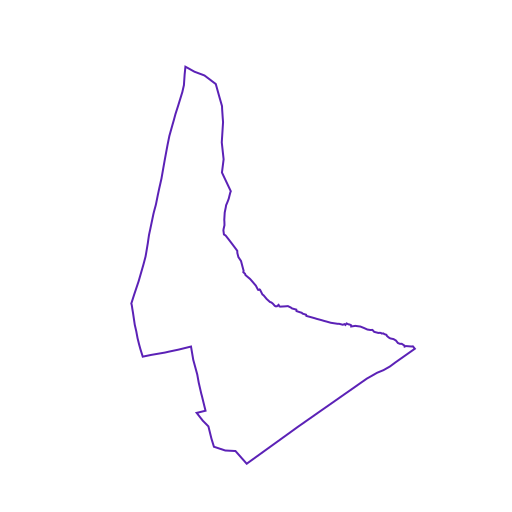 Adenta Municipal, Greater Accra, Ghana, rotated 347°
{"feature_id": "2480657B26321648161032", "entity_name": "Adenta Municipal", "entity_type": "district", "adm_level": 2, "iso_a3": "GHA", "parent_name": "Ghana", "parent_adm1": "Greater Accra", "projection": "albers", "projection_center": [-0.12, 5.715], "detail": "fine", "context": "isolated", "style": "outline", "palette": "violet", "viewbox_px": 512, "rotation_deg": 347, "n_neighbors": 0, "source": "geoboundaries", "source_scale": "gbopen_adm2", "svg_char_len": 2591}
<svg xmlns="http://www.w3.org/2000/svg" viewBox="0 0 512 512"><g transform="rotate(347 256 256)"><path d="M307.8,334.6L305.9,333.5L303.1,332.0L301.0,330.9L299.5,330.0L296.6,328.4L291.6,325.7L291.6,324.5L288.4,322.6L287.8,321.6L286.7,321.0L283.1,318.8L283.2,317.3L279.3,315.2L278.3,314.0L275.8,312.0L273.0,311.6L268.3,310.8L267.5,310.4L267.0,308.7L265.1,309.7L263.9,309.5L263.0,308.7L262.2,307.1L261.4,305.8L260.5,304.7L259.3,304.0L256.7,300.3L254.6,296.1L253.6,294.9L252.4,290.0L252.0,289.4L251.1,289.7L250.4,289.4L250.0,288.0L249.2,284.9L247.8,282.2L247.4,281.4L245.1,277.1L241.5,272.3L241.3,270.8L240.0,268.9L240.6,267.6L240.5,264.9L240.4,261.7L240.3,258.4L240.3,257.6L238.6,253.1L238.5,248.9L238.9,246.7L237.2,242.8L235.6,239.2L233.3,234.1L231.0,229.2L229.6,227.8L230.0,223.7L230.5,222.4L232.2,218.9L232.9,215.6L233.2,213.7L235.3,206.6L236.2,204.6L237.4,202.0L238.3,199.8L239.7,197.9L241.1,195.9L242.4,193.9L243.6,191.5L245.1,188.6L246.0,187.2L241.6,167.0L246.2,154.5L248.2,137.6L254.0,118.2L254.7,113.6L256.0,105.5L256.6,102.3L256.1,92.8L255.5,79.4L246.4,68.5L237.5,62.6L232.1,57.7L229.8,55.7L227.3,63.1L224.2,73.3L221.1,79.7L213.8,92.3L209.5,99.5L206.4,105.3L203.9,109.8L198.6,119.5L194.6,128.3L188.9,141.4L186.0,148.2L181.3,159.3L178.7,164.7L177.0,168.2L174.1,174.4L170.3,182.8L169.5,184.4L166.6,189.8L165.4,192.2L158.8,206.5L157.8,208.6L156.5,211.4L154.8,215.7L153.5,219.1L149.4,229.0L148.2,231.8L144.4,239.0L135.9,254.3L128.6,266.2L123.8,274.3L123.9,275.5L123.8,277.3L123.6,279.8L123.5,281.5L123.4,283.2L122.4,295.8L122.4,302.5L122.1,309.3L122.2,315.7L122.4,320.5L122.6,323.3L123.0,328.6L131.7,328.8L145.5,329.6L149.0,329.6L149.5,329.6L159.7,329.8L172.3,329.6L171.5,343.0L172.1,358.2L171.7,366.6L171.7,367.8L171.7,377.8L171.8,380.3L172.0,395.4L165.4,395.5L162.9,395.5L167.1,404.5L171.3,411.3L171.5,423.9L172.1,432.4L182.3,438.6L192.1,441.4L200.2,456.3L231.7,443.1L257.6,432.2L259.3,431.5L281.1,422.7L336.4,400.4L347.8,397.0L354.5,395.9L361.6,393.8L368.0,391.0L389.9,382.1L388.7,379.6L388.5,379.3L387.3,379.2L381.9,377.5L380.4,377.7L380.4,376.6L378.2,374.3L376.4,373.9L374.7,372.7L373.7,370.6L373.3,369.8L371.3,367.9L368.5,366.6L367.7,366.0L366.8,365.0L365.8,363.6L365.6,363.3L365.3,362.1L363.5,361.0L362.7,360.1L361.0,359.8L360.3,359.0L358.9,358.6L357.9,358.5L356.8,357.9L354.1,356.5L352.8,354.2L351.0,353.9L348.0,352.7L345.1,350.5L341.8,348.2L339.9,347.5L337.0,346.4L332.9,346.1L333.1,344.9L331.8,343.8L330.7,343.4L329.1,342.1L327.6,343.3L326.9,342.3L325.1,342.5L321.8,340.8L320.2,340.4L313.9,337.9L309.9,335.7L307.8,334.6Z" fill="none" stroke="#5b21b6" stroke-width="2"/></g></svg>